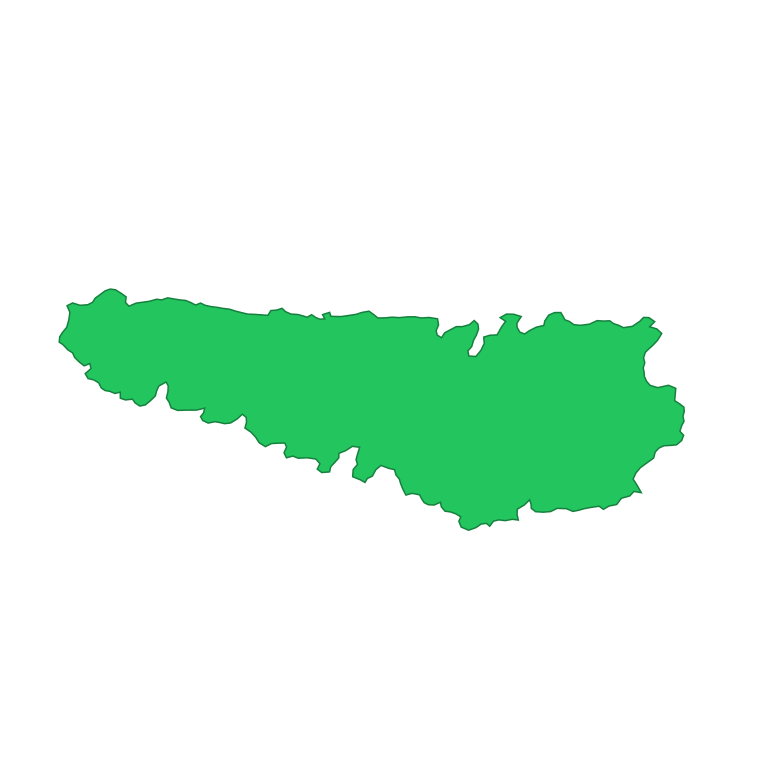 the district of São Sebastião do Alto, Rio de Janeiro, Brazil, rotated 243°
{"feature_id": "56859067B52914728547014", "entity_name": "São Sebastião do Alto", "entity_type": "district", "adm_level": 2, "iso_a3": "BRA", "parent_name": "Brazil", "parent_adm1": "Rio de Janeiro", "projection": "equal_earth", "projection_center": [-42.093, -21.876], "detail": "fine", "context": "isolated", "style": "filled", "palette": "green", "viewbox_px": 768, "rotation_deg": 243, "n_neighbors": 0, "source": "geoboundaries", "source_scale": "gbopen_adm2", "svg_char_len": 3903}
<svg xmlns="http://www.w3.org/2000/svg" viewBox="0 0 768 768"><g transform="rotate(243 384 384)"><path d="M170.4,563.9L175.5,563.7L180.4,563.4L186.2,562.8L190.3,568.0L193.1,574.5L195.6,590.6L200.2,594.7L202.1,599.8L201.9,605.3L199.0,611.9L197.0,617.0L198.5,623.6L202.3,627.7L207.5,626.2L211.7,630.3L214.6,634.4L219.5,635.7L223.1,639.0L227.2,640.7L232.3,638.3L237.2,635.4L242.2,638.6L247.7,642.0L253.7,636.9L256.5,626.2L262.0,620.5L267.0,619.2L272.4,619.4L276.4,621.1L280.7,622.3L284.5,626.0L289.4,627.1L293.5,631.1L295.1,636.1L296.6,641.6L298.7,647.5L302.9,654.4L309.2,652.1L314.4,646.7L316.6,653.5L322.9,650.2L325.5,645.5L323.7,640.3L322.6,631.5L325.5,622.9L329.9,619.6L333.6,615.9L337.8,613.9L340.4,608.2L343.7,602.7L344.1,594.1L347.1,585.7L350.7,580.1L355.8,577.4L359.1,574.3L363.1,574.3L367.4,574.0L370.2,568.5L370.6,562.0L367.2,555.9L363.6,553.0L365.5,545.5L365.5,537.6L364.7,532.1L368.5,528.6L374.0,528.3L377.9,530.1L381.8,536.9L387.3,531.2L390.7,524.9L390.4,517.6L384.7,520.8L381.1,514.0L376.4,507.1L379.4,500.4L380.5,494.1L374.7,491.8L370.0,485.7L366.8,478.4L370.4,472.3L375.4,473.8L377.5,479.1L382.4,483.8L385.5,488.4L390.0,493.2L394.8,494.9L399.6,493.2L398.1,487.0L399.6,479.7L402.3,474.5L402.2,468.1L402.1,461.4L399.1,456.2L403.4,453.6L407.9,454.7L411.8,459.4L417.8,461.3L422.9,454.2L425.9,447.2L429.8,442.2L433.1,435.6L436.2,427.7L439.8,421.7L442.4,415.1L445.6,408.5L450.2,406.5L455.7,403.7L457.8,396.7L458.7,390.9L461.0,383.9L463.6,376.3L465.9,372.0L468.4,367.4L472.5,368.1L473.7,360.8L468.9,360.8L470.9,356.2L474.3,353.3L478.6,351.0L478.4,345.8L481.6,342.6L485.1,338.7L488.5,332.9L493.0,329.2L497.7,327.5L498.6,321.9L500.8,316.5L497.9,311.7L501.6,305.6L505.2,299.6L508.0,294.5L512.0,289.8L516.0,285.2L520.8,280.3L524.7,274.5L527.7,270.6L531.5,265.0L535.3,260.4L539.4,257.3L539.9,251.9L543.8,249.2L548.5,245.2L551.5,240.4L555.1,235.5L559.0,230.3L559.9,224.0L562.7,220.0L564.3,212.2L566.5,205.9L568.6,199.8L569.1,192.1L574.0,190.7L578.7,193.8L584.1,191.0L589.9,187.5L592.9,183.1L593.6,177.7L592.4,170.8L591.6,165.6L589.1,161.5L589.1,156.1L592.1,148.9L597.6,143.3L597.6,137.1L590.6,136.7L584.6,132.6L578.6,127.1L575.8,120.7L573.2,116.4L568.7,113.6L565.0,115.8L558.0,117.8L553.1,120.7L548.2,120.4L542.1,122.4L536.3,125.1L535.7,131.2L530.8,129.9L528.9,122.5L523.2,122.8L519.3,127.4L514.5,130.3L508.8,130.3L504.8,132.5L502.0,136.3L497.7,140.0L496.5,145.3L491.0,142.6L487.2,146.4L484.7,153.0L480.2,153.6L475.2,156.4L473.7,161.9L475.2,168.5L477.2,174.9L480.8,178.0L484.4,182.3L484.7,190.7L480.4,190.9L475.4,188.1L470.2,183.7L465.4,184.3L459.4,183.5L454.2,188.1L450.4,196.1L445.8,205.3L443.9,213.3L440.2,210.1L438.2,205.7L433.8,205.9L429.0,209.6L427.2,216.2L424.2,220.2L421.0,224.0L418.9,229.7L419.5,237.3L421.4,244.1L416.7,246.1L412.0,243.9L407.9,240.1L401.3,243.7L394.8,245.5L388.4,246.1L382.0,249.9L382.0,256.7L379.0,263.6L376.4,268.8L372.1,268.6L368.1,263.7L362.5,263.6L361.2,270.0L356.9,273.8L353.1,282.1L348.1,289.2L342.0,290.7L338.5,285.9L333.4,288.3L330.4,295.6L334.5,299.0L336.3,304.1L338.7,310.2L342.7,312.3L342.0,319.5L342.8,327.5L338.7,333.6L334.5,329.5L329.4,324.8L324.4,323.9L321.8,317.7L315.6,314.0L309.3,319.5L304.9,322.3L307.4,326.3L307.2,331.8L311.3,337.8L312.8,344.4L306.7,349.9L302.9,354.5L297.6,353.4L292.2,354.5L287.7,353.6L282.4,353.1L275.1,353.1L273.8,359.4L269.1,365.4L264.6,365.4L260.1,365.9L256.4,368.6L253.4,373.7L253.0,380.6L248.5,379.3L243.0,380.6L239.7,385.3L235.9,388.9L230.8,392.1L227.7,388.4L221.5,387.8L215.3,393.0L214.3,400.8L215.1,407.1L213.3,412.0L209.3,413.6L212.1,419.3L210.8,424.6L207.2,430.0L205.2,436.9L201.8,441.9L207.3,443.3L211.9,445.9L212.5,454.2L214.7,461.1L210.3,460.5L206.3,458.8L201.4,461.1L197.5,467.7L194.7,474.5L194.6,481.8L190.1,489.9L184.7,494.5L183.2,499.8L182.0,505.9L179.7,513.6L177.4,520.2L172.7,522.6L173.1,529.0L171.0,536.7L174.4,543.6L172.7,552.2L174.8,557.9L170.4,563.9Z" fill="#22c55e" stroke="#15803d" stroke-width="1.5"/></g></svg>